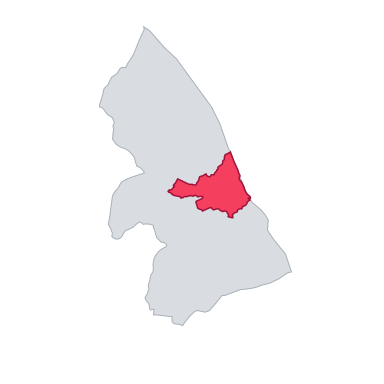 where Grand Bassa sits in Liberia, rotated 206°
{"feature_id": "LBR-785", "entity_name": "Grand Bassa", "entity_type": "County", "adm_level": 1, "iso_a3": "LBR", "parent_name": "Liberia", "parent_adm1": "", "projection": "albers", "projection_center": [-9.727, 6.117], "detail": "fine", "context": "in_parent", "style": "filled", "palette": "rose", "viewbox_px": 384, "rotation_deg": 206, "n_neighbors": 0, "source": "natural_earth", "source_scale": "10m", "svg_char_len": 6204}
<svg xmlns="http://www.w3.org/2000/svg" viewBox="0 0 384 384"><g transform="rotate(206 192 192)"><path d="M67.6,163.8L70.8,161.1L75.6,152.4L82.2,144.0L88.3,139.0L93.2,133.9L98.4,130.0L105.8,125.4L117.1,113.4L119.7,112.0L121.5,103.7L124.4,93.0L127.6,89.7L135.3,87.8L137.1,85.9L139.9,78.5L141.6,69.7L141.8,67.9L144.8,67.6L150.0,65.8L152.9,66.6L154.3,69.1L155.0,71.2L170.6,65.8L172.0,64.7L172.8,64.9L174.8,69.8L175.9,69.5L176.9,68.1L177.9,67.9L179.1,68.6L180.3,70.9L182.3,72.9L185.7,74.4L187.9,76.3L187.6,81.6L188.5,86.7L189.9,87.8L190.7,90.9L191.1,94.2L191.9,96.0L192.5,99.3L192.2,103.0L192.8,105.5L195.3,109.9L196.9,115.4L196.9,119.3L196.0,123.5L194.4,127.2L191.4,131.3L191.2,133.0L192.9,134.0L195.6,134.2L197.7,133.4L203.3,135.3L206.2,138.0L208.8,141.3L211.1,143.0L212.1,145.1L216.1,144.5L220.6,142.5L221.6,141.5L222.9,142.0L225.9,142.3L228.0,138.6L229.6,134.4L233.2,129.8L234.9,128.0L235.4,125.1L235.5,121.4L236.8,118.1L239.7,116.3L242.9,116.3L244.6,117.0L245.5,120.1L248.1,122.6L250.2,124.2L251.4,124.9L253.2,126.7L254.9,133.1L261.8,153.7L261.4,159.3L260.1,163.0L260.1,166.7L259.6,170.3L255.5,176.1L243.3,188.2L244.2,189.2L247.2,190.6L250.1,191.3L252.6,190.9L255.7,193.9L259.0,197.7L262.5,199.6L267.5,201.4L271.9,201.5L275.7,200.9L281.0,201.6L286.6,204.7L288.6,209.9L290.0,214.3L292.0,216.6L292.2,220.5L296.3,223.9L302.0,224.6L309.4,228.5L311.3,228.3L312.1,227.8L313.0,228.6L314.9,240.1L316.4,246.3L315.6,248.7L314.6,250.7L314.6,260.0L311.3,265.4L310.8,271.3L309.8,273.2L306.2,274.9L306.2,279.4L305.3,284.9L304.9,290.7L306.0,305.9L306.2,317.2L307.9,319.3L300.9,318.4L280.3,309.8L264.4,304.9L211.4,276.8L196.7,265.4L179.7,248.5L142.0,214.4L133.4,209.0L122.6,206.3L115.9,203.4L111.2,200.2L107.4,190.8L98.0,185.2L80.6,177.1L67.6,163.8Z" fill="#d9dde1" stroke="#a8b0b8" stroke-width="1"/><path d="M174.9,244.7L168.3,238.4L160.0,231.5L157.8,229.0L157.4,228.7L156.3,228.1L156.0,227.6L155.8,227.0L156.0,226.2L156.0,225.5L155.4,224.6L154.4,223.8L153.4,223.2L152.4,223.0L151.8,222.6L147.5,219.2L145.0,216.5L141.8,214.5L140.7,214.0L138.4,213.6L137.3,212.9L136.7,212.1L136.9,211.3L137.4,211.6L137.9,211.7L138.3,211.5L138.6,210.9L137.4,210.6L136.5,210.0L136.6,209.9L137.2,208.7L137.3,208.4L137.5,208.0L137.9,207.4L138.0,207.0L137.9,206.8L137.7,206.2L137.6,205.8L137.9,204.0L138.0,203.7L139.0,202.3L139.3,201.7L139.5,201.5L139.9,201.4L140.2,201.2L140.4,200.8L140.4,200.5L140.3,200.2L140.1,200.0L140.0,199.7L139.9,199.5L140.0,199.2L139.9,199.0L139.9,198.7L140.1,198.6L140.7,198.3L141.4,198.0L142.5,197.0L142.8,196.4L143.0,195.9L143.0,195.5L142.8,194.6L142.7,194.3L142.7,194.0L142.9,193.7L144.8,191.7L145.0,191.0L145.3,190.5L145.5,189.8L145.7,189.3L145.7,189.0L145.6,188.8L145.0,188.5L144.9,188.2L144.8,187.7L144.6,187.5L144.4,187.4L144.2,187.3L144.1,186.8L144.3,186.6L144.8,186.4L147.0,186.0L148.0,185.6L148.6,185.8L148.9,185.9L148.9,186.1L148.8,186.4L148.8,186.6L148.8,186.9L148.9,187.1L149.1,187.3L149.5,187.6L149.8,187.9L149.9,188.0L150.0,188.2L150.1,188.3L151.1,188.6L151.3,188.7L151.5,188.9L151.8,189.3L152.0,189.5L152.4,189.6L152.9,189.6L153.7,189.5L154.2,189.3L154.7,188.9L155.0,188.7L155.2,188.4L155.7,187.9L155.9,187.8L156.9,188.0L157.6,187.8L158.5,187.8L160.2,188.4L160.6,188.4L161.1,188.4L161.5,188.2L162.1,187.9L163.7,186.4L164.3,185.8L164.6,185.6L164.9,185.4L165.4,185.4L165.7,185.4L166.0,185.5L167.2,186.1L167.4,186.2L167.7,186.3L167.9,186.3L168.1,186.3L168.4,186.2L169.7,185.0L174.2,179.5L174.5,179.9L174.7,180.0L174.9,180.2L175.4,180.2L178.3,179.9L178.6,179.8L178.9,179.8L179.2,179.8L179.8,180.1L180.1,180.4L180.4,180.6L182.0,182.6L183.4,183.8L183.7,184.2L184.0,184.6L184.1,184.9L184.1,185.2L184.1,185.4L184.0,185.6L184.0,185.8L183.8,186.0L183.1,186.9L182.2,187.8L180.7,189.7L180.1,190.7L180.1,190.9L180.0,191.2L179.9,191.4L180.0,191.6L180.0,191.8L180.1,192.1L180.2,192.3L180.4,192.5L180.9,192.5L181.6,192.3L183.3,191.3L184.4,190.3L184.7,190.2L185.2,190.3L185.9,190.5L186.2,190.5L186.7,190.5L187.0,190.4L187.5,190.5L187.8,190.4L188.0,190.3L188.4,189.9L188.8,189.3L188.8,189.0L189.0,188.7L189.6,188.6L189.9,188.7L190.2,188.6L190.5,188.4L190.8,188.2L191.1,188.1L191.6,188.2L192.0,188.2L192.6,187.5L193.0,187.0L193.9,186.3L195.0,185.2L195.3,185.1L195.9,185.1L196.3,185.0L196.7,184.7L196.9,184.4L197.1,184.0L197.2,183.7L197.3,183.3L197.6,183.0L198.5,182.4L198.9,182.0L199.1,181.8L199.3,181.7L199.7,181.9L199.9,182.2L200.0,182.5L200.7,182.6L206.5,181.1L207.5,181.1L208.1,181.0L210.9,181.9L211.6,182.1L211.9,181.9L212.1,181.8L212.6,181.6L213.0,181.7L213.3,181.8L213.7,182.0L213.8,182.2L213.8,182.4L213.6,182.8L213.5,183.3L213.5,183.5L213.3,183.9L213.2,184.0L212.3,184.4L212.1,184.4L212.0,184.5L211.4,185.3L211.3,185.5L211.1,186.1L210.8,187.8L210.7,188.1L210.2,189.1L210.2,189.3L210.4,189.5L210.5,189.5L211.0,189.3L211.3,189.4L211.5,189.6L211.6,189.9L211.6,190.1L211.3,191.5L210.8,192.8L210.8,193.2L210.7,193.6L210.8,194.6L210.8,194.8L210.7,195.8L210.6,197.5L197.8,197.6L197.0,198.2L196.5,198.4L195.6,198.6L195.2,198.9L194.9,199.0L192.5,199.5L192.2,199.6L191.7,200.0L191.4,200.4L191.4,200.6L191.4,200.8L191.4,201.1L191.6,201.5L191.7,201.9L191.7,202.3L191.6,202.7L191.2,204.3L191.2,204.7L191.2,205.6L191.8,208.8L191.7,209.1L191.4,209.5L189.6,211.2L189.2,211.6L187.9,213.8L187.5,214.2L187.3,214.3L187.0,214.3L186.9,214.1L186.7,213.9L186.4,213.5L186.2,213.4L185.6,213.2L184.7,213.1L184.0,213.1L183.3,213.3L183.0,213.4L182.7,213.7L182.5,213.9L182.4,214.2L182.3,214.4L182.3,214.7L182.3,215.2L182.3,215.5L182.2,215.9L182.0,216.1L180.4,216.7L180.1,217.0L179.8,217.2L179.8,217.5L179.8,218.2L179.9,218.4L179.9,218.6L179.9,219.0L179.2,221.5L179.1,221.8L179.1,222.0L179.3,222.6L179.3,222.8L179.3,223.1L178.9,223.6L178.9,223.9L178.9,224.1L179.0,224.5L179.5,225.6L179.5,225.8L179.5,226.0L179.4,226.2L177.5,229.4L177.3,229.8L177.1,230.6L177.1,230.8L177.1,231.0L177.2,231.5L177.7,232.6L177.8,233.0L177.9,233.3L177.9,233.6L177.9,233.8L177.8,234.0L177.4,234.7L177.3,234.9L177.3,235.2L177.3,235.4L177.3,235.7L177.4,235.9L177.5,236.2L177.9,236.8L178.1,237.3L178.5,239.1L178.5,239.4L178.5,239.8L178.3,240.4L178.1,240.7L176.7,242.1L176.5,242.5L176.3,242.8L176.2,243.2L176.0,243.4L175.7,243.6L175.3,243.7L175.1,243.9L175.0,244.2L174.9,244.4L174.9,244.7L174.9,244.7Z" fill="#f43f5e" stroke="#9f1239" stroke-width="1.5"/></g></svg>